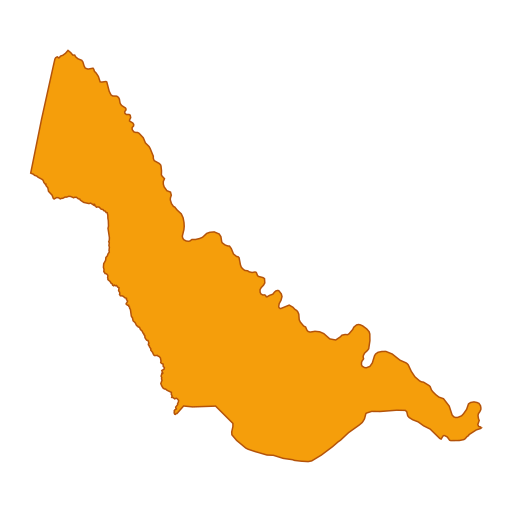 Chokwe, Gaza, Mozambique (Robinson projection)
{"feature_id": "85939544B8547864433088", "entity_name": "Chokwe", "entity_type": "district", "adm_level": 2, "iso_a3": "MOZ", "parent_name": "Mozambique", "parent_adm1": "Gaza", "projection": "robinson", "projection_center": [32.883, -24.487], "detail": "fine", "context": "isolated", "style": "filled", "palette": "amber", "viewbox_px": 512, "rotation_deg": 0, "n_neighbors": 0, "source": "geoboundaries", "source_scale": "gbopen_adm2", "svg_char_len": 6014}
<svg xmlns="http://www.w3.org/2000/svg" viewBox="0 0 512 512"><path d="M409.1,417.5L412.6,419.7L418.2,421.9L423.6,425.8L430.2,429.1L439.7,438.4L441.1,439.1L442.9,436.2L443.6,435.6L444.7,435.6L447.3,437.0L449.6,440.2L450.8,440.6L459.4,440.5L463.8,439.6L465.1,438.8L467.1,436.5L468.6,435.6L468.9,434.7L476.3,429.9L480.6,428.5L481.3,427.9L480.6,427.7L480.6,427.0L478.6,426.4L477.8,424.5L479.2,420.5L478.5,418.7L478.0,415.7L478.4,413.7L479.8,411.7L480.8,409.6L480.9,408.0L480.5,405.7L479.0,403.4L477.0,402.5L474.0,401.9L470.6,402.5L468.5,403.9L466.6,409.4L463.5,413.8L461.6,415.8L457.8,417.4L455.6,417.5L453.9,416.9L452.1,415.0L449.2,406.1L443.5,398.7L438.9,397.1L435.8,394.7L432.7,391.6L431.5,390.0L430.1,386.5L429.0,385.5L423.6,382.2L421.4,381.8L419.5,380.8L414.9,376.8L411.3,371.4L408.2,364.8L407.3,363.8L406.1,362.9L400.0,360.2L392.2,354.0L385.8,351.4L381.8,351.5L378.0,352.3L375.6,354.0L374.5,355.8L372.3,363.0L369.9,366.4L366.2,367.8L364.3,367.5L362.2,366.2L361.5,364.8L361.5,362.6L361.9,361.3L363.6,358.8L363.1,356.9L363.4,355.4L364.6,353.1L367.3,350.6L368.7,348.8L369.9,340.7L369.8,334.0L369.1,331.7L366.7,328.9L362.7,325.9L360.2,324.8L358.5,324.5L356.6,324.9L353.8,327.2L352.7,329.5L349.1,333.7L347.6,334.7L345.1,334.5L341.9,335.2L340.4,336.8L335.7,340.0L329.8,338.9L323.8,333.6L319.7,331.8L315.0,331.3L310.0,332.1L308.0,331.4L307.0,330.3L305.6,327.0L303.6,326.0L300.2,321.9L299.2,319.7L298.8,314.2L297.7,311.7L296.7,310.5L294.7,309.2L293.0,307.3L289.2,305.1L280.9,308.5L280.1,308.5L279.0,307.6L278.7,306.4L279.2,303.6L281.0,300.3L282.0,296.6L281.3,293.9L278.9,290.8L277.9,290.4L275.9,290.9L274.5,292.1L272.8,294.2L269.5,295.4L266.9,296.9L266.2,296.7L265.6,295.5L264.7,294.9L262.8,295.0L261.0,294.0L260.1,292.3L260.0,289.7L261.2,287.6L263.5,285.2L264.8,282.9L264.5,278.6L263.0,277.6L258.4,276.4L257.5,275.5L256.4,272.7L255.9,272.2L254.9,272.0L252.1,272.5L249.1,271.8L247.7,270.8L244.7,270.4L242.5,268.6L241.2,267.0L240.4,264.7L239.1,257.8L238.0,256.7L236.6,256.5L233.5,254.0L231.3,248.6L229.5,246.1L227.9,246.0L225.1,245.0L222.2,242.8L221.7,241.7L220.9,236.7L219.2,234.0L214.2,231.9L209.8,232.3L206.7,233.4L202.5,237.3L199.6,238.5L195.5,239.5L191.9,239.5L189.9,241.0L188.7,241.3L186.2,241.0L183.9,239.8L182.8,238.3L182.3,236.2L183.9,229.6L184.2,226.4L184.0,222.6L183.1,217.8L181.3,213.9L177.1,210.0L174.7,207.0L173.5,206.5L171.5,203.7L170.3,199.9L170.4,198.0L171.3,195.2L170.5,192.1L166.9,190.7L164.1,186.8L163.3,184.1L163.3,181.5L164.5,178.7L162.1,176.1L161.4,174.9L161.5,170.7L161.0,166.1L160.6,164.9L159.3,163.5L154.3,160.7L153.9,160.0L153.3,158.2L153.3,156.2L150.2,148.6L149.1,146.6L145.4,142.9L143.3,137.8L139.1,133.3L137.6,132.5L135.5,132.4L133.9,131.9L132.5,130.1L132.1,129.1L132.2,127.5L133.6,125.9L133.7,124.4L132.8,123.0L129.5,121.0L129.6,119.8L130.7,117.7L130.2,115.2L129.1,114.5L126.3,114.5L124.9,113.3L124.7,111.7L126.0,109.9L125.9,108.7L125.5,108.0L121.8,105.6L120.7,104.3L120.0,102.8L119.4,99.2L118.6,97.6L117.4,96.5L116.3,96.1L112.7,96.0L111.0,94.9L109.2,91.3L106.8,82.0L105.9,81.5L101.6,82.1L100.1,81.8L98.4,76.5L96.1,73.0L94.4,71.3L93.8,69.3L93.0,68.2L88.0,69.1L85.2,68.1L84.0,65.7L82.9,62.0L81.7,60.3L78.0,58.8L75.6,56.8L74.7,55.1L72.8,55.1L70.7,52.6L68.0,50.4L65.5,53.3L62.8,55.3L60.5,56.1L59.3,57.7L58.5,57.9L57.6,56.9L57.1,56.9L55.6,57.8L54.9,59.1L53.5,65.2L41.6,119.0L30.7,173.1L33.7,174.4L34.4,175.3L36.7,176.0L37.9,177.1L42.1,179.4L43.1,180.3L43.9,182.5L45.3,184.2L45.9,184.1L46.0,185.6L47.8,187.7L48.5,191.3L52.1,195.2L53.3,198.4L54.1,199.0L56.5,197.6L58.4,197.7L60.3,198.9L61.3,198.4L62.8,198.3L65.0,197.1L66.7,197.1L68.8,196.3L70.7,196.5L73.7,197.8L74.4,197.3L76.5,197.3L78.3,198.8L79.8,199.1L80.3,200.1L83.7,202.4L89.0,203.6L90.6,203.1L92.8,204.5L94.5,204.3L94.7,204.7L94.0,205.3L95.6,206.1L96.4,207.2L97.9,206.9L99.2,207.2L101.1,209.1L103.1,209.6L103.7,210.6L105.3,211.2L106.1,212.5L107.2,212.7L107.8,215.2L107.9,218.3L108.3,220.6L108.5,226.1L108.0,228.3L109.4,237.6L109.3,240.2L108.7,241.8L109.3,242.8L108.9,245.5L109.4,247.2L109.0,250.4L109.3,252.1L108.1,253.7L107.2,256.1L105.9,257.4L105.6,260.3L103.7,263.7L103.4,267.3L104.0,269.4L103.8,271.8L104.5,272.2L105.0,273.5L106.4,273.8L107.6,275.0L107.9,276.0L107.6,277.7L108.0,278.8L107.9,279.6L110.1,281.5L110.9,283.0L112.4,284.1L112.6,285.2L113.7,285.8L114.4,285.1L115.5,285.8L116.5,285.5L117.7,287.1L119.0,287.8L118.6,290.7L119.6,292.2L119.8,293.8L119.5,294.4L120.4,295.8L122.4,295.9L123.6,296.6L124.7,297.7L126.5,298.3L126.4,299.4L127.6,301.1L126.9,302.7L126.2,303.4L126.2,304.2L127.6,305.3L128.6,305.3L128.8,306.4L129.5,307.0L129.6,308.2L130.4,309.5L131.3,315.9L131.6,316.8L132.4,317.6L133.1,320.8L135.1,322.6L136.6,325.6L137.7,326.2L138.2,327.0L139.5,327.3L140.5,329.6L142.0,330.9L143.3,333.5L143.9,333.9L143.9,334.7L144.8,335.6L144.9,337.4L145.5,338.6L146.7,340.2L148.0,340.5L148.9,343.2L148.3,344.1L148.5,345.0L149.3,345.7L149.3,346.5L150.8,348.8L150.8,350.2L152.4,352.1L153.7,354.9L154.6,355.6L157.4,355.4L158.3,356.3L159.2,356.5L160.4,357.9L161.0,361.0L160.7,362.5L161.5,363.4L163.1,364.1L163.2,366.4L164.4,367.6L164.1,369.1L161.8,370.5L162.2,371.5L162.1,372.2L162.7,372.6L162.8,373.2L161.8,373.6L161.9,374.4L161.5,374.7L161.1,376.1L161.8,377.8L161.5,378.9L162.0,380.2L160.8,383.6L161.7,385.8L162.9,387.9L164.4,389.0L165.5,389.0L166.9,390.2L171.4,392.4L171.3,394.3L172.1,395.9L171.7,397.4L173.1,397.6L174.7,398.9L176.2,398.2L177.4,398.9L178.6,400.4L178.3,402.4L177.6,403.4L177.7,404.6L175.7,407.1L175.7,407.7L176.4,408.9L174.8,409.9L174.1,411.0L174.5,411.9L174.1,412.8L174.7,414.2L175.4,414.4L176.4,413.4L177.0,413.5L183.6,406.0L192.6,406.9L215.6,406.1L232.9,423.4L232.9,426.6L231.7,432.0L231.9,434.8L236.6,440.4L245.7,448.0L248.0,449.2L255.2,451.6L266.9,455.0L273.4,455.3L283.3,458.4L292.6,459.7L294.5,460.4L301.4,461.2L308.2,461.6L311.7,460.9L321.3,455.1L332.5,446.7L337.9,442.0L340.6,440.1L348.6,432.6L359.4,424.9L362.2,422.5L363.1,421.2L364.5,418.8L365.9,413.5L366.7,413.0L371.6,411.4L380.1,411.5L396.7,410.2L405.4,410.4L406.8,411.9L407.7,415.8L409.1,417.5Z" fill="#f59e0b" stroke="#b45309" stroke-width="1.5"/></svg>